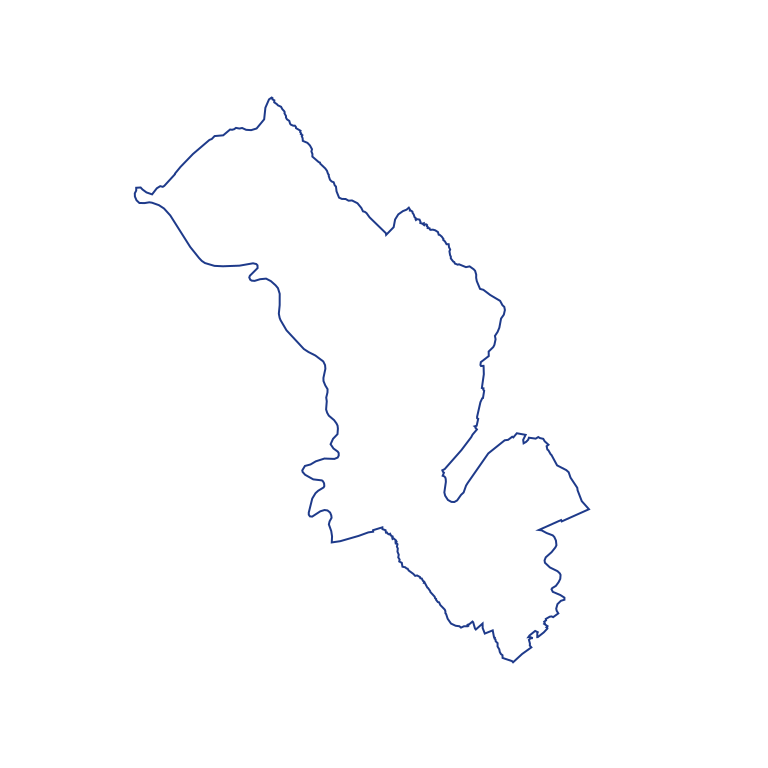 Balcesti, Vâlcea, Romania (Mercator projection), rotated 154°
{"feature_id": "2599482B45967319864847", "entity_name": "Balcesti", "entity_type": "district", "adm_level": 2, "iso_a3": "ROU", "parent_name": "Romania", "parent_adm1": "Vâlcea", "projection": "mercator", "projection_center": [23.929, 44.618], "detail": "fine", "context": "isolated", "style": "outline", "palette": "blue", "viewbox_px": 768, "rotation_deg": 154, "n_neighbors": 0, "source": "geoboundaries", "source_scale": "gbopen_adm2", "svg_char_len": 6136}
<svg xmlns="http://www.w3.org/2000/svg" viewBox="0 0 768 768"><g transform="rotate(154 384 384)"><path d="M524.5,653.9L519.7,651.5L515.3,650.2L513.1,648.7L507.9,643.4L504.8,638.2L502.2,629.2L498.1,592.1L495.0,578.3L493.8,574.5L491.9,571.2L484.6,564.5L477.1,560.4L462.0,553.7L448.8,549.9L446.2,547.8L445.7,546.1L446.8,543.6L457.1,540.1L458.4,538.8L458.5,536.4L457.6,534.9L455.1,533.4L449.4,532.5L443.8,530.4L440.6,526.1L438.2,520.3L437.3,516.6L438.2,510.8L443.2,500.6L447.7,493.3L448.8,489.2L449.0,486.7L448.1,475.0L440.7,450.6L437.9,445.9L433.2,439.7L428.7,430.9L428.7,426.8L430.0,423.4L435.8,416.0L437.1,413.1L437.4,408.5L437.0,404.1L438.5,401.2L441.9,397.1L443.0,393.6L447.2,386.5L447.7,383.1L447.5,379.8L444.7,373.4L444.0,369.4L444.0,366.9L445.0,364.1L447.8,359.3L453.8,357.1L458.4,353.3L457.7,348.2L455.2,343.5L455.0,341.8L456.1,339.5L457.9,338.2L461.4,338.4L470.2,343.1L479.2,344.4L485.3,343.9L491.0,345.0L495.3,342.2L495.7,340.6L494.7,337.0L489.4,329.3L482.1,324.6L481.5,323.3L481.4,321.0L482.4,318.4L483.6,317.5L490.0,316.9L493.4,315.9L498.7,312.5L508.0,301.4L508.9,299.5L508.6,297.5L506.7,296.3L497.0,297.5L492.7,296.8L490.2,295.1L488.8,292.1L489.0,289.0L489.8,286.7L493.1,284.4L495.1,282.0L495.9,274.9L497.5,269.8L500.4,264.5L492.2,261.9L473.4,258.6L463.1,257.5L458.5,256.0L457.9,257.4L448.3,255.9L449.0,254.2L446.7,251.9L447.4,249.6L446.4,249.2L446.4,248.1L445.3,246.5L444.2,246.7L444.1,244.5L443.1,243.2L444.0,242.3L444.2,241.0L443.1,241.1L441.8,238.1L442.5,237.6L442.0,236.7L443.2,236.3L443.4,235.5L442.4,234.9L442.1,234.1L443.7,232.2L443.7,230.1L445.4,227.4L445.6,224.1L447.2,221.9L446.9,219.4L448.1,217.8L446.4,215.5L447.5,211.7L445.2,209.9L444.6,208.3L443.7,207.6L443.6,205.6L440.9,200.5L440.1,197.9L438.2,197.4L436.3,194.8L436.5,193.5L435.3,192.6L435.3,190.0L434.5,188.7L435.3,187.8L434.5,187.3L434.3,182.0L433.9,181.4L433.3,177.8L433.5,176.7L431.7,170.6L432.0,169.0L431.4,168.0L431.8,167.2L431.2,164.4L430.2,163.6L430.3,160.7L428.3,154.6L428.4,153.0L429.3,150.9L429.0,150.1L429.7,145.1L428.8,139.3L425.6,135.3L422.4,133.2L421.6,131.3L418.4,131.2L414.9,129.5L414.4,129.6L414.6,130.8L414.0,130.9L413.9,130.4L408.6,131.7L408.3,130.8L409.4,124.4L409.1,123.1L400.4,125.5L402.3,121.4L402.8,115.5L394.3,114.9L396.1,108.3L395.6,107.4L396.3,106.7L395.8,105.5L396.4,103.8L395.5,101.3L397.0,98.3L396.7,95.0L397.4,92.4L397.3,90.1L396.4,88.3L397.5,85.8L390.4,78.8L390.0,77.3L378.2,80.8L367.0,82.7L367.6,85.0L366.6,86.8L365.9,90.5L363.9,91.2L361.7,90.4L363.8,92.7L365.2,93.2L363.4,94.2L356.4,95.8L354.6,93.5L355.4,92.9L357.2,89.3L356.7,89.1L349.3,90.7L344.3,92.6L344.1,93.5L344.6,94.1L343.2,94.7L345.2,98.2L344.3,98.5L344.3,100.1L341.9,100.6L341.6,101.9L337.0,102.2L335.2,101.6L334.2,100.3L327.9,101.4L328.2,104.5L327.7,106.6L324.6,110.1L320.0,111.6L316.4,111.0L315.5,112.9L318.0,117.0L323.4,123.2L323.4,126.1L322.3,126.8L318.0,127.2L314.0,129.3L311.0,131.6L309.0,135.0L309.0,136.7L310.1,139.7L315.3,146.4L317.7,152.8L317.0,155.1L314.6,157.3L307.1,159.4L301.6,162.0L299.7,163.5L298.1,167.9L298.0,171.8L298.7,174.0L303.2,178.8L306.5,183.4L308.8,184.9L284.5,184.1L284.5,182.6L254.7,181.6L257.6,192.0L256.6,203.6L255.8,206.0L257.4,218.1L256.7,223.7L257.9,226.7L264.1,235.0L264.6,246.9L265.0,247.6L265.3,252.3L265.9,253.5L265.1,256.8L262.8,257.3L264.7,262.1L264.9,264.9L267.6,267.1L268.6,268.7L271.6,268.4L277.3,272.2L278.8,270.7L281.6,269.7L284.5,269.5L283.4,272.8L279.0,276.2L286.2,281.5L291.2,279.3L291.9,280.4L296.9,279.4L300.2,280.5L320.7,275.9L352.1,258.4L354.8,256.7L360.0,251.6L363.3,250.6L369.3,247.3L372.5,247.1L375.1,248.5L377.4,251.8L378.0,256.8L377.3,260.1L371.3,268.9L370.2,271.5L369.9,273.1L370.3,274.5L371.5,275.8L369.0,278.0L369.5,279.2L369.4,280.9L366.8,280.9L343.5,290.6L328.9,298.0L326.6,299.7L320.4,302.4L321.0,304.6L320.5,305.2L321.0,306.2L319.0,305.9L314.6,311.4L315.3,312.3L314.8,313.6L305.3,325.4L302.0,328.1L301.2,328.0L296.9,334.1L297.3,335.4L296.5,336.5L297.8,337.5L290.0,349.0L286.8,356.1L286.6,356.7L288.9,357.6L289.0,358.8L287.4,361.2L277.6,363.2L275.7,367.3L269.6,369.3L267.6,370.8L264.1,375.3L263.2,378.6L259.1,381.0L255.6,384.1L250.1,391.5L245.9,393.8L242.9,397.5L242.1,400.6L243.0,402.9L243.2,407.8L249.5,417.4L253.4,425.1L256.0,427.4L255.5,435.8L254.6,439.1L253.2,441.8L252.5,445.8L253.1,447.8L255.5,452.2L259.1,453.1L264.1,458.7L265.4,458.9L267.5,461.2L267.4,462.8L268.1,463.7L268.9,467.6L268.1,469.2L268.1,470.9L267.0,474.6L265.6,475.8L265.6,478.5L264.6,481.3L266.5,482.2L266.7,485.4L267.6,487.6L267.0,488.3L267.5,491.2L268.6,493.7L269.4,494.2L268.9,496.9L270.6,499.7L272.4,501.3L274.5,502.1L275.0,502.7L274.8,504.0L276.4,505.0L275.8,506.0L276.3,507.0L275.6,507.9L275.9,508.8L276.9,509.4L278.2,509.0L278.7,510.1L277.9,511.1L279.3,511.3L280.8,512.8L280.1,513.8L280.0,516.2L282.1,517.7L283.4,517.4L283.4,518.4L282.8,519.3L283.4,520.6L283.0,523.3L283.3,525.4L282.9,526.4L283.5,527.7L284.7,528.5L284.2,529.2L284.4,531.6L287.3,530.8L291.2,531.1L296.8,530.2L301.9,527.0L306.6,520.7L316.7,517.1L316.2,518.7L323.9,540.1L324.8,545.3L325.8,547.2L327.2,548.4L327.2,552.2L328.6,558.1L332.3,563.0L335.5,564.3L337.4,567.1L340.7,568.8L342.7,571.2L342.2,578.0L340.6,582.6L341.2,584.0L340.8,587.4L342.3,589.0L343.0,591.3L342.5,595.2L341.9,596.3L342.2,597.5L341.8,600.6L342.3,603.5L344.7,609.9L344.5,611.1L345.4,612.0L348.7,619.8L347.5,622.1L347.3,624.8L345.8,626.6L346.0,630.9L347.1,634.3L350.4,638.1L349.4,640.6L349.3,642.7L348.3,643.4L349.2,645.0L348.6,645.5L348.9,647.3L348.0,648.2L350.9,652.5L350.5,653.8L350.9,655.3L352.3,655.9L354.0,657.9L354.3,659.1L353.8,662.0L355.2,664.4L355.3,666.5L354.6,667.8L354.8,670.9L354.1,671.9L354.1,672.9L354.9,675.6L355.0,678.3L357.2,681.0L357.6,682.5L359.2,685.3L358.2,687.0L359.5,688.7L358.9,689.9L359.4,690.7L362.6,690.2L369.5,684.3L375.7,674.4L386.5,669.5L392.1,670.4L396.5,672.9L399.3,676.3L402.0,677.0L404.8,679.1L407.0,678.7L409.1,679.1L410.8,680.2L419.5,678.0L427.6,681.1L431.4,679.7L433.9,679.9L454.8,674.5L471.6,668.4L479.7,664.7L479.9,664.2L494.6,658.4L496.4,658.2L498.4,659.9L502.4,659.5L509.3,656.1L513.5,660.3L515.8,664.7L516.6,667.3L520.7,669.0L521.9,666.5L524.4,664.6L525.7,661.7L525.9,657.6L524.5,653.9Z" fill="none" stroke="#1e3a8a" stroke-width="2"/></g></svg>